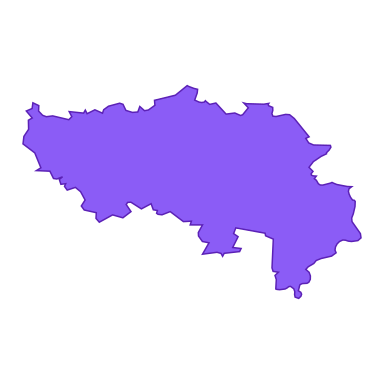 map outline of Liege (Natural Earth projection)
{"feature_id": "BEL-3481", "entity_name": "Liege", "entity_type": "Province", "adm_level": 1, "iso_a3": "BEL", "parent_name": "Belgium", "parent_adm1": "", "projection": "natural_earth1", "projection_center": [5.813, 50.464], "detail": "fine", "context": "isolated", "style": "filled", "palette": "violet", "viewbox_px": 384, "rotation_deg": 0, "n_neighbors": 0, "source": "natural_earth", "source_scale": "10m", "svg_char_len": 2678}
<svg xmlns="http://www.w3.org/2000/svg" viewBox="0 0 384 384"><path d="M279.6,289.7L276.8,289.4L275.8,289.0L276.3,279.4L276.0,278.7L275.0,275.4L278.4,272.2L273.1,271.4L272.0,267.9L273.3,239.1L265.6,235.8L265.1,233.2L235.8,227.9L233.6,233.6L238.1,236.7L232.7,247.5L241.1,248.5L239.6,251.6L224.2,253.3L222.6,256.3L221.0,253.4L217.0,252.3L202.5,254.2L209.0,242.8L202.4,241.5L198.5,236.0L198.3,232.6L202.5,224.9L190.2,224.9L191.4,221.2L183.4,221.6L170.2,211.6L162.0,214.8L158.0,214.3L156.6,213.3L157.4,210.5L153.3,209.8L151.1,203.7L141.4,208.9L130.9,202.2L127.6,202.4L126.2,204.5L131.0,211.6L122.9,217.8L112.6,214.9L99.3,222.2L96.0,218.4L96.3,212.7L84.2,210.0L81.3,206.0L85.1,200.0L80.6,191.7L75.4,187.4L67.2,190.1L64.5,186.4L65.7,183.7L60.9,184.3L59.3,179.4L62.6,176.8L56.8,179.0L53.5,178.5L49.9,171.2L36.4,170.6L40.9,167.8L34.8,152.9L23.0,143.9L23.9,136.4L28.6,129.3L28.4,120.2L32.2,118.0L26.3,111.0L32.1,108.5L32.9,102.8L38.8,105.6L38.6,111.1L42.6,115.3L46.3,116.7L52.7,115.9L68.8,119.7L71.8,116.7L69.2,111.6L83.6,113.1L85.3,110.1L87.1,113.7L94.9,109.8L102.5,113.2L103.7,109.7L108.5,106.2L119.7,103.2L123.0,104.3L125.9,110.4L132.4,112.4L137.8,112.0L139.8,106.5L144.5,110.7L148.4,110.0L154.9,105.3L154.5,100.3L175.4,95.2L187.2,85.6L188.6,86.4L193.9,88.4L197.6,89.3L197.2,93.0L194.7,100.1L199.1,102.1L201.7,102.5L204.2,102.1L205.4,100.7L206.0,101.4L209.7,104.4L215.9,103.0L226.1,114.1L234.8,113.0L240.6,115.5L242.7,114.7L248.3,107.8L243.8,103.0L246.4,103.7L263.9,104.2L268.8,103.4L268.4,104.0L268.3,104.6L268.3,105.1L268.6,105.7L272.7,107.4L272.8,110.4L271.9,113.6L272.9,116.2L276.1,116.5L285.6,114.4L289.6,114.7L294.3,118.5L309.1,136.8L305.8,138.4L308.7,142.9L313.6,145.0L330.4,145.4L330.9,147.2L329.2,150.0L326.5,152.7L326.5,153.8L321.1,156.4L313.4,161.6L309.0,167.3L313.0,171.4L311.1,173.8L311.5,175.2L313.4,175.9L316.3,176.1L314.3,178.7L316.3,180.2L318.4,183.8L320.3,185.0L322.7,185.1L330.9,183.0L331.4,182.6L332.0,182.5L332.6,182.6L333.1,183.0L336.8,184.5L347.3,186.5L351.7,186.7L349.0,188.8L348.4,191.3L349.1,194.1L350.5,197.2L352.5,200.0L354.3,200.3L355.2,201.4L355.0,206.5L353.3,213.8L351.7,218.0L352.0,221.6L360.4,233.6L360.7,235.6L361.0,237.9L357.9,240.6L351.5,241.5L348.2,241.1L345.5,240.2L342.8,240.0L339.5,241.5L337.1,243.9L335.5,246.9L335.0,250.1L336.1,252.8L331.6,256.1L321.2,258.5L316.2,260.5L313.8,263.5L308.3,266.7L305.8,269.4L309.1,272.3L310.4,275.9L310.3,279.4L308.8,282.3L307.0,283.3L302.2,283.6L300.1,284.6L299.6,285.7L298.8,289.1L298.3,290.7L300.8,292.3L301.6,294.2L300.9,296.3L298.7,298.4L295.1,297.1L294.6,294.6L294.8,291.7L293.8,288.8L290.6,286.4L288.8,286.6L287.2,287.9L285.1,289.0L279.6,289.7Z" fill="#8b5cf6" stroke="#5b21b6" stroke-width="1.5"/></svg>